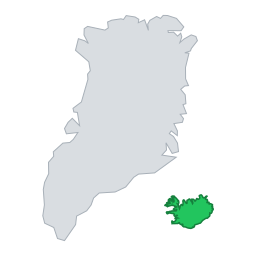 Iceland highlighted among its neighbors
{"feature_id": "ISL", "entity_name": "Iceland", "entity_type": "country or territory", "adm_level": 0, "iso_a3": "ISL", "parent_name": "Europe", "parent_adm1": "", "projection": "orthographic", "projection_center": [-19.868, 64.966], "detail": "fine", "context": "with_neighbors", "style": "filled", "palette": "green", "viewbox_px": 256, "rotation_deg": 0, "n_neighbors": 1, "source": "natural_earth", "source_scale": "50m", "svg_char_len": 6566}
<svg xmlns="http://www.w3.org/2000/svg" viewBox="0 0 256 256"><path d="M149.9,20.3L156.6,16.5L160.5,18.4L163.2,15.4L167.5,15.5L176.5,18.4L183.8,26.9L181.1,30.7L168.0,30.6L168.3,32.5L173.6,32.2L177.6,36.1L180.7,33.2L181.8,36.9L179.8,42.7L183.9,39.1L191.2,34.9L195.9,36.5L197.4,40.7L191.3,48.5L190.5,50.9L184.8,52.8L189.0,53.2L185.5,67.4L185.6,78.9L188.5,85.6L184.7,86.0L180.7,89.3L185.2,94.8L185.9,103.7L183.0,104.6L186.5,113.6L180.2,114.3L183.5,118.6L182.4,122.3L173.9,123.6L177.4,130.9L177.3,135.6L171.2,130.9L169.3,133.6L173.5,136.5L177.5,143.1L178.5,151.6L172.2,153.4L166.0,142.8L166.5,150.0L161.9,155.1L176.2,157.2L154.6,172.9L138.5,174.1L133.7,177.3L125.7,187.0L115.1,192.0L99.2,193.0L93.6,198.0L91.1,205.0L86.7,210.8L76.6,216.1L75.6,224.6L64.5,240.6L57.5,238.5L53.8,227.5L44.7,223.2L42.8,215.8L44.4,205.0L43.3,189.5L44.6,182.3L48.7,173.7L48.5,162.3L53.7,156.3L53.3,151.8L62.9,143.1L69.8,142.5L73.3,139.4L77.9,132.5L66.4,133.8L64.5,128.5L68.1,122.3L72.3,118.3L79.6,125.7L77.4,112.4L73.8,112.0L73.0,108.3L81.4,102.0L87.9,79.4L87.6,74.1L90.3,70.7L88.8,61.8L75.5,50.3L78.4,38.7L84.8,40.8L88.4,43.5L84.0,35.0L84.2,28.7L87.6,26.4L105.0,30.1L108.3,27.9L107.6,22.0L111.7,20.2L121.0,18.8L123.5,19.5L126.2,15.6L135.1,17.0L138.8,19.3L138.3,22.7L144.6,19.8L148.4,30.4L147.7,24.1L149.9,20.3Z" fill="#d9dde1" stroke="#a8b0b8" stroke-width="1"/><path d="M203.6,197.9L204.1,197.9L204.8,197.5L205.1,197.2L205.9,196.4L206.4,196.1L207.1,196.1L207.5,196.0L207.0,196.4L206.7,196.6L206.2,197.1L205.8,198.3L205.5,198.9L205.5,199.1L206.0,199.5L206.5,199.7L206.9,199.5L207.1,199.5L207.3,199.8L207.5,200.2L207.5,200.5L207.5,201.1L207.3,201.8L206.9,202.4L207.0,202.6L207.3,202.7L208.7,202.2L208.9,202.2L209.0,202.4L209.0,202.7L209.1,203.0L209.3,203.2L209.3,203.5L208.7,204.5L209.4,203.8L210.0,203.6L211.0,203.8L211.4,204.1L211.7,204.6L212.1,204.4L212.5,204.7L212.5,205.0L212.4,205.5L212.4,206.0L212.2,206.2L211.9,206.4L211.8,206.5L212.0,206.8L212.3,207.2L212.6,207.1L212.6,207.3L212.7,207.5L212.6,207.8L212.4,207.9L212.2,208.2L213.0,208.6L213.2,208.8L213.2,209.1L213.2,209.4L213.1,209.8L212.9,210.0L212.3,210.1L212.0,210.3L212.1,210.7L212.2,211.2L212.1,211.7L211.8,212.6L211.4,213.1L211.0,213.4L210.3,213.4L209.9,213.2L210.0,213.9L209.6,214.4L209.7,214.7L209.9,214.9L209.8,215.4L209.7,215.9L209.4,216.4L209.0,216.7L208.3,217.2L207.8,217.9L207.4,218.2L206.3,218.2L205.2,218.7L203.7,219.7L202.7,220.4L201.9,221.3L200.9,222.6L200.2,223.2L199.7,223.3L198.8,223.5L198.1,223.9L195.6,224.6L194.7,225.0L194.6,225.3L194.3,225.8L194.3,226.0L194.5,226.1L194.5,226.3L194.2,226.9L193.6,227.3L193.3,227.3L192.9,227.0L192.7,227.1L192.9,227.6L192.5,227.8L190.9,228.4L188.1,228.0L186.9,227.6L185.6,227.0L184.7,226.9L183.6,226.8L182.6,226.0L182.2,225.4L182.2,225.2L182.3,224.8L182.5,224.7L182.8,224.7L182.6,224.2L182.3,224.3L181.7,224.9L181.1,224.6L181.1,224.3L180.4,224.2L179.8,223.8L179.2,223.3L179.1,223.1L179.4,222.8L179.4,222.7L179.2,222.7L178.7,222.7L178.0,223.4L177.8,223.5L173.4,223.6L172.4,223.6L172.1,223.7L172.0,223.2L171.8,222.3L171.8,221.6L171.9,221.3L172.0,221.0L172.3,221.0L172.5,221.3L172.6,221.8L172.9,222.0L174.4,221.5L175.0,221.2L175.3,220.9L175.6,220.4L175.9,220.1L176.1,219.8L176.4,219.0L176.6,218.6L176.9,218.3L177.2,218.1L177.8,218.0L177.4,217.8L177.0,217.8L175.6,218.7L175.1,218.6L175.3,218.3L175.8,217.8L175.5,217.8L175.4,217.6L175.4,217.2L175.6,216.5L176.8,215.7L177.2,215.6L177.3,215.4L177.2,215.3L176.9,215.2L175.8,216.0L174.9,216.3L174.7,216.2L174.3,215.9L174.2,215.7L174.0,215.3L174.0,215.1L174.4,214.4L174.4,214.2L174.1,214.2L173.4,213.5L172.3,213.5L169.5,213.0L168.9,213.1L167.9,213.6L167.3,213.8L167.0,213.6L166.8,213.3L166.6,212.9L166.4,212.4L166.6,212.0L166.9,211.9L167.2,211.8L168.0,212.0L168.9,211.7L169.5,211.6L170.1,211.2L170.5,211.3L170.6,211.5L171.6,211.2L171.9,211.0L171.9,210.9L172.1,210.8L172.5,211.0L172.9,211.0L173.4,210.9L174.2,210.9L176.1,210.9L176.4,210.6L176.5,210.3L176.7,209.6L176.6,209.4L175.5,210.1L175.2,210.0L173.9,209.6L173.4,209.2L173.6,208.9L174.3,208.3L175.1,207.7L176.1,207.2L176.4,207.0L176.4,206.7L175.7,206.2L174.4,206.3L174.1,205.7L173.0,205.3L172.2,205.5L171.9,205.1L170.9,205.5L168.7,206.1L167.8,206.5L167.4,206.7L166.9,206.2L166.0,205.7L165.0,205.5L164.9,205.3L165.6,204.5L166.0,204.4L166.4,204.5L167.1,205.1L167.7,205.3L167.0,204.4L167.1,204.1L167.1,203.6L166.9,203.4L166.7,202.9L166.8,202.7L167.1,202.7L167.6,202.9L168.8,203.9L169.4,203.7L169.8,203.4L170.3,203.2L170.2,203.1L169.1,203.0L168.5,202.8L168.2,202.5L168.0,202.0L168.1,201.8L168.4,201.7L169.3,201.8L168.8,201.0L168.4,200.5L168.3,200.3L168.4,200.0L168.4,199.8L168.5,199.7L169.6,200.2L169.8,200.3L169.6,200.0L169.2,199.5L169.1,199.3L169.4,199.2L169.5,199.0L169.5,198.8L169.8,198.6L170.1,198.6L170.5,198.8L171.4,199.7L171.6,200.0L171.6,200.3L171.5,200.7L171.6,200.8L172.0,200.7L172.3,200.9L172.9,200.3L173.1,200.4L173.3,200.7L173.3,201.0L173.3,201.3L173.2,202.0L173.5,201.7L174.0,201.7L174.1,200.8L174.1,200.1L172.6,199.1L172.3,198.8L172.0,198.4L172.1,198.2L172.4,198.0L172.8,197.9L173.9,198.0L174.0,197.9L173.8,197.7L173.3,197.5L173.2,197.4L173.2,197.1L172.6,197.2L171.9,197.2L171.3,197.0L171.3,196.8L171.6,196.6L172.1,196.1L172.4,196.0L173.0,196.1L173.7,196.0L174.3,196.2L174.7,196.7L175.3,197.5L176.2,198.1L176.3,198.3L176.7,198.7L177.6,199.9L178.5,200.6L178.5,200.8L178.4,201.0L178.0,201.2L178.1,201.4L178.6,201.5L178.9,202.0L178.6,203.6L178.4,203.9L178.2,204.1L177.3,203.8L177.5,204.2L178.1,204.7L178.3,205.0L178.2,205.3L178.3,205.3L178.5,205.2L178.6,205.4L178.5,205.8L178.4,206.2L178.3,206.4L178.3,206.6L178.5,206.5L178.8,206.6L179.1,207.0L179.4,208.3L179.5,208.7L179.7,208.3L179.8,207.4L179.9,207.0L180.1,206.9L180.2,206.5L180.4,205.5L181.0,204.8L181.3,204.6L181.6,204.5L182.2,205.4L182.4,205.5L182.6,205.5L182.8,205.0L183.0,203.9L183.1,202.8L182.9,201.5L183.0,200.6L183.3,200.1L183.7,199.9L184.1,200.1L184.4,200.4L185.1,201.7L185.6,202.4L186.1,203.1L186.3,203.3L186.8,203.4L187.0,203.2L187.0,202.9L186.9,201.1L187.0,200.6L187.2,200.2L188.0,199.9L188.4,199.7L188.9,199.2L189.2,199.0L189.5,199.0L189.8,199.1L190.1,199.5L190.6,200.2L191.2,201.3L192.0,202.1L192.4,203.4L192.5,203.7L192.8,203.3L192.8,202.7L192.6,201.9L191.8,199.9L191.8,199.5L191.8,199.2L192.3,199.2L193.5,199.3L193.9,199.6L194.7,200.8L195.0,201.1L195.5,200.8L195.7,200.5L196.0,199.8L196.7,198.6L196.9,198.5L197.1,198.6L197.5,198.9L197.7,199.2L198.1,199.3L198.5,199.2L199.0,198.8L199.6,198.5L199.7,197.9L199.8,197.6L199.2,195.9L199.4,195.5L200.4,195.0L201.3,194.9L201.5,195.0L202.1,195.8L202.5,196.3L202.7,196.6L202.8,197.4L203.1,197.6L203.6,197.9Z" fill="#22c55e" stroke="#15803d" stroke-width="1.5"/></svg>